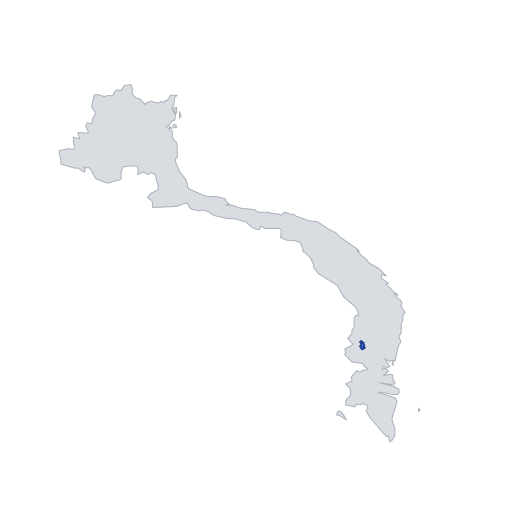 Chon Thanh, Bình Phước, Vietnam shown in context, rotated 318°
{"feature_id": "81297802B36298380371063", "entity_name": "Chon Thanh", "entity_type": "district", "adm_level": 2, "iso_a3": "VNM", "parent_name": "Vietnam", "parent_adm1": "Bình Phước", "projection": "equal_earth", "projection_center": [106.663, 11.479], "detail": "fine", "context": "in_parent", "style": "filled", "palette": "blue", "viewbox_px": 512, "rotation_deg": 318, "n_neighbors": 0, "source": "geoboundaries", "source_scale": "gbopen_adm2", "svg_char_len": 5255}
<svg xmlns="http://www.w3.org/2000/svg" viewBox="0 0 512 512"><g transform="rotate(318 256 256)"><path d="M304.7,83.7L301.0,84.0L297.1,87.9L291.9,90.5L290.7,97.4L286.4,100.7L284.4,99.2L280.1,100.7L275.5,99.1L277.1,107.2L272.5,113.6L273.0,117.7L271.7,120.8L263.7,129.9L261.3,130.0L259.5,131.5L255.7,142.3L255.1,151.2L253.4,156.3L251.6,158.5L251.2,161.3L257.3,175.5L261.3,181.2L265.3,184.2L271.3,192.6L270.3,194.9L270.8,199.6L268.0,198.2L268.3,198.8L271.7,201.3L276.7,210.4L285.5,220.1L286.9,224.9L295.4,232.8L295.2,233.8L301.2,240.2L301.9,242.7L306.4,242.4L310.6,249.8L311.9,249.9L312.4,253.0L319.1,265.5L324.7,271.9L327.5,283.6L330.9,292.4L331.0,297.5L336.0,319.1L335.7,322.0L334.7,319.2L334.9,327.4L335.7,331.8L335.4,337.1L338.9,347.2L339.5,358.3L336.9,353.5L334.2,356.8L336.2,364.8L334.0,364.0L334.2,374.7L335.2,378.4L335.0,379.8L333.8,377.0L332.9,382.1L333.9,385.6L332.3,389.5L330.2,389.7L329.0,397.7L325.1,398.4L322.3,402.0L318.9,403.4L312.4,410.3L308.3,411.5L306.1,417.0L302.5,417.6L288.9,427.1L287.4,424.8L284.9,423.9L283.0,418.9L281.6,427.0L280.6,427.6L278.5,426.0L276.5,422.8L273.7,425.0L276.8,425.6L277.7,427.8L277.2,430.3L270.4,430.2L276.5,433.5L277.9,435.9L274.9,439.8L274.9,442.6L273.4,443.9L270.0,441.4L262.8,432.6L271.4,445.2L272.9,450.8L270.8,453.4L268.4,453.5L264.3,449.7L257.8,440.7L255.6,439.5L263.3,452.3L264.4,455.1L263.5,458.5L247.9,468.0L243.8,477.1L238.9,482.5L233.7,484.0L230.9,483.5L233.8,478.9L232.0,477.1L232.7,451.9L234.0,445.3L238.5,442.7L238.5,441.3L237.0,437.4L233.4,436.0L231.7,433.2L228.5,434.2L223.0,426.7L226.2,423.4L232.9,422.8L237.4,417.6L236.9,411.8L237.4,411.0L243.7,413.1L245.8,409.8L253.9,408.6L256.2,412.5L258.2,411.8L261.9,414.6L263.4,414.7L262.7,410.7L263.3,407.1L256.3,399.0L256.2,388.4L257.9,387.8L259.8,384.6L268.9,386.8L269.2,378.6L275.9,377.6L277.4,375.4L281.2,374.6L287.7,367.5L290.5,367.0L291.9,368.9L294.6,365.6L295.7,360.1L293.8,344.9L296.8,332.2L290.5,310.8L291.2,303.2L293.1,300.7L295.1,294.5L294.9,287.6L293.9,284.3L295.6,281.9L297.8,275.7L295.8,271.5L289.2,264.5L286.6,258.8L291.8,254.2L291.9,251.3L281.2,241.7L279.3,236.7L276.8,238.7L274.9,237.4L272.3,232.5L271.3,223.2L269.6,221.7L266.0,215.1L259.9,209.0L252.7,199.0L251.3,196.1L250.4,191.5L247.4,186.2L244.6,185.1L239.6,178.5L239.0,175.7L240.4,171.0L236.9,168.6L230.5,166.3L211.8,150.9L215.7,145.5L214.6,140.5L215.1,139.6L220.3,139.3L227.7,141.3L231.3,137.1L232.9,132.6L235.5,129.1L235.5,127.1L233.7,123.5L230.3,123.4L228.5,118.2L222.8,116.2L226.6,112.7L227.8,109.9L222.5,104.6L216.9,100.8L211.9,103.4L208.0,107.8L206.2,108.4L194.2,102.4L188.6,91.0L190.9,81.8L190.9,78.4L188.6,76.8L187.9,74.6L186.1,78.5L184.4,78.6L182.7,71.6L180.5,70.0L172.5,57.2L175.0,54.6L178.9,47.3L180.4,46.0L188.5,50.9L191.9,55.1L195.4,52.3L195.4,50.8L199.7,45.4L203.4,50.9L206.3,45.0L213.5,52.4L214.7,51.0L216.1,45.9L218.2,44.5L219.7,44.2L221.6,47.2L223.3,47.4L226.8,44.4L230.4,43.8L232.9,41.1L233.6,35.4L234.5,34.3L243.8,28.0L247.5,31.3L249.9,36.2L253.1,37.5L256.5,40.8L259.2,40.3L260.1,39.2L263.4,39.3L266.3,42.8L272.3,41.2L277.7,45.1L275.9,49.4L273.2,51.4L272.5,53.5L272.5,58.4L274.8,61.4L275.0,69.4L276.5,68.7L282.0,71.0L284.0,75.0L286.7,77.3L288.8,77.5L290.6,80.6L292.5,79.6L293.3,80.9L297.2,80.5L299.8,79.2L304.7,83.7ZM214.6,427.3L214.8,432.5L213.5,438.6L211.9,431.9L209.6,427.9L212.7,426.2L214.6,427.3ZM296.3,92.5L293.1,96.3L291.8,96.3L293.4,90.9L296.3,92.5ZM283.4,106.8L282.4,107.0L280.6,104.5L281.6,103.2L283.7,104.1L284.1,105.2L283.4,106.8ZM294.5,101.4L293.2,102.2L291.7,102.1L295.2,98.1L294.5,101.4ZM278.0,101.3L279.3,105.3L277.4,103.3L278.0,101.3ZM287.4,425.6L284.8,429.0L284.7,427.4L287.4,425.6ZM274.8,480.3L272.8,480.3L274.9,478.2L274.8,480.3Z" fill="#d9dde1" stroke="#a8b0b8" stroke-width="1"/><path d="M274.9,397.1L275.0,397.1L275.3,397.2L275.3,396.9L275.3,396.7L275.4,396.4L275.4,396.2L275.3,395.7L275.4,395.8L275.5,395.8L275.7,395.7L275.8,395.7L275.9,395.8L276.0,395.9L276.1,395.7L276.2,395.4L276.3,395.3L276.3,395.2L276.5,395.0L276.5,394.9L276.5,394.7L276.8,394.7L277.0,394.3L277.1,394.2L277.1,393.8L277.0,393.7L277.1,393.4L277.3,393.2L277.2,393.1L277.3,393.0L277.3,392.9L277.3,392.7L277.4,392.4L277.5,392.4L277.3,392.2L277.4,391.9L277.2,391.9L277.3,391.8L277.4,391.7L277.4,391.4L277.4,391.2L277.5,391.1L277.6,390.9L277.7,391.0L277.7,390.9L277.6,390.6L277.6,390.4L277.4,390.2L277.5,390.1L277.5,389.9L277.5,389.7L277.4,389.7L277.2,389.6L277.0,389.4L276.9,389.5L276.7,389.7L276.4,390.0L276.3,389.9L276.2,389.9L276.0,389.7L275.9,389.7L275.8,389.4L275.7,389.4L275.7,389.5L275.6,389.9L275.6,390.0L275.6,390.3L275.5,390.5L275.5,390.8L275.5,391.0L275.6,391.4L275.6,391.5L275.4,391.6L275.3,391.8L275.2,391.8L275.1,392.0L275.1,392.3L274.9,392.4L274.9,392.2L274.7,392.1L274.4,392.2L274.3,392.3L274.2,392.3L273.9,392.3L273.7,392.4L273.1,392.4L273.0,392.5L273.0,392.9L272.9,392.9L272.8,393.0L272.7,393.0L272.8,393.7L272.9,393.9L272.9,394.0L272.8,394.3L272.7,394.3L272.6,394.5L272.4,394.6L272.3,394.8L272.2,394.9L272.2,395.0L272.3,395.1L272.3,395.3L272.3,395.5L272.3,395.8L272.2,396.0L272.3,396.2L272.3,396.3L272.4,396.5L272.5,396.6L272.8,396.6L273.0,396.4L273.3,396.3L273.6,396.2L273.8,396.1L273.9,396.4L273.9,396.5L273.9,396.9L274.0,396.9L274.2,397.0L274.3,397.0L274.5,397.0L274.8,397.0L274.9,397.1Z" fill="#3b82f6" stroke="#1e3a8a" stroke-width="1.5"/></g></svg>